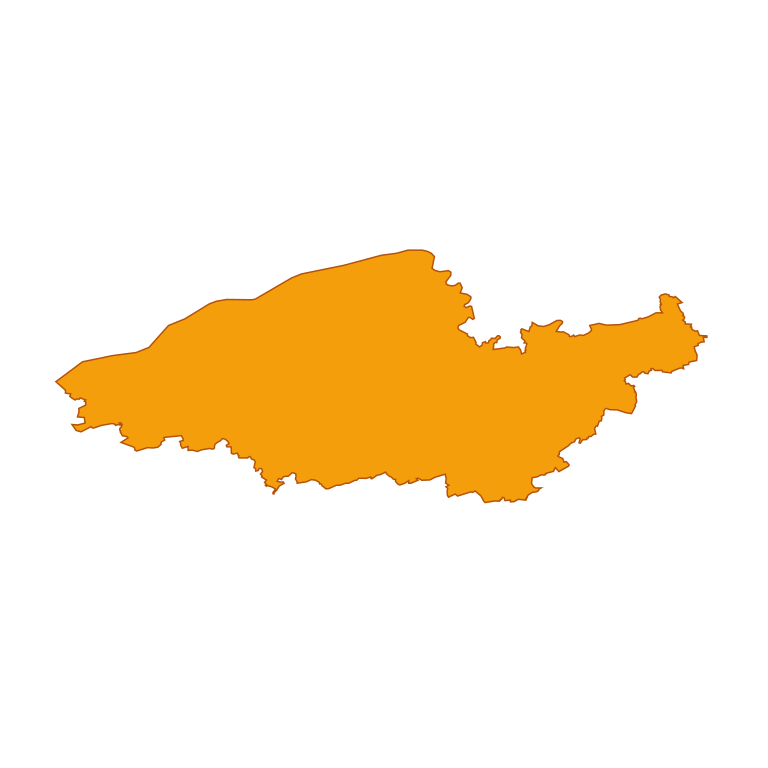 Adare-Rathkeale Lea-6, Limerick, Ireland, rotated 354°
{"feature_id": "5873133B54360294204800", "entity_name": "Adare-Rathkeale Lea-6", "entity_type": "district", "adm_level": 2, "iso_a3": "IRL", "parent_name": "Ireland", "parent_adm1": "Limerick", "projection": "equal_earth", "projection_center": [-8.823, 52.558], "detail": "fine", "context": "isolated", "style": "filled", "palette": "amber", "viewbox_px": 768, "rotation_deg": 354, "n_neighbors": 0, "source": "geoboundaries", "source_scale": "gbopen_adm2", "svg_char_len": 6142}
<svg xmlns="http://www.w3.org/2000/svg" viewBox="0 0 768 768"><g transform="rotate(354 384 384)"><path d="M57.9,347.4L66.6,356.9L66.2,359.7L71.4,361.2L70.2,363.4L72.5,365.7L75.1,367.6L76.6,366.8L79.4,367.2L80.4,366.1L85.6,368.7L84.1,369.7L85.5,370.7L85.0,373.9L77.9,376.4L77.8,379.7L75.7,384.7L82.5,386.0L82.6,391.6L75.1,392.7L69.5,391.7L73.0,398.0L77.7,399.9L88.2,395.8L89.5,397.3L90.9,397.4L98.7,395.6L109.2,394.9L111.6,395.5L112.8,397.2L115.2,396.4L117.0,397.2L117.7,396.5L117.1,396.3L118.2,395.9L117.4,395.2L118.5,395.4L119.4,397.2L118.3,397.8L118.5,399.1L116.8,400.4L116.3,401.8L117.0,403.5L116.7,404.2L118.5,408.2L122.7,409.3L123.8,410.8L116.3,414.6L128.4,420.5L129.1,421.1L129.4,423.7L131.0,424.8L142.2,422.6L147.8,423.5L152.6,423.2L156.0,420.7L155.9,419.4L156.8,418.3L160.1,416.8L159.3,414.6L160.2,414.1L177.0,414.2L178.4,417.3L178.4,419.1L174.8,419.8L175.6,421.8L175.3,423.5L176.7,426.8L182.6,425.7L182.2,429.6L186.4,429.7L191.3,431.6L195.7,430.4L203.8,429.9L207.2,430.9L208.6,430.1L209.4,426.5L211.8,424.8L215.7,423.2L217.4,421.4L220.2,422.2L222.7,424.8L223.7,427.1L220.8,428.4L221.1,430.0L225.4,430.6L225.0,437.0L226.6,437.9L231.0,437.5L231.5,439.5L232.2,440.0L231.6,441.2L232.0,442.3L240.6,443.3L242.6,442.0L243.5,442.5L244.3,444.7L247.1,446.1L247.8,448.1L245.9,453.5L247.4,454.7L247.4,457.2L249.8,456.9L251.0,455.0L253.4,455.4L254.1,458.4L251.7,460.6L253.1,462.6L252.5,463.7L257.1,467.3L254.9,469.3L257.0,472.1L255.5,472.3L256.3,473.4L257.4,472.9L261.3,474.4L265.1,477.0L262.1,480.6L262.2,481.6L263.1,481.8L263.4,480.6L266.2,478.4L269.3,474.4L274.3,472.3L273.3,470.7L271.4,470.9L267.5,469.6L269.5,467.0L272.1,468.3L273.6,466.2L275.7,465.5L279.2,465.7L283.6,462.5L286.8,464.0L286.9,466.6L286.0,469.2L287.3,471.9L287.3,473.6L296.5,473.2L301.7,471.5L305.8,472.5L309.2,474.9L309.5,476.7L310.9,476.7L311.9,478.8L315.3,482.2L318.1,482.3L326.1,479.7L329.5,480.1L335.5,478.7L338.7,479.0L344.7,476.8L346.9,476.8L349.1,475.1L356.4,476.0L360.9,475.1L361.4,475.3L361.1,476.6L362.1,477.0L367.8,473.9L370.8,473.8L376.4,471.8L377.1,473.6L380.1,476.7L381.6,477.3L383.6,479.9L385.6,480.1L385.3,482.1L387.3,485.0L389.2,486.1L394.6,484.8L398.5,482.7L398.1,485.3L400.5,485.5L407.7,483.3L406.3,481.4L408.4,481.4L411.6,483.7L419.6,484.2L425.3,482.0L435.4,480.1L436.0,484.5L434.9,488.9L437.9,491.4L434.9,492.7L436.4,494.5L435.6,497.0L435.4,501.2L436.3,503.3L443.3,500.9L445.4,503.1L459.2,500.4L460.8,501.1L463.5,499.9L468.8,505.6L470.8,510.7L472.2,512.5L481.8,511.9L486.3,512.6L487.7,511.7L487.5,511.1L488.9,510.9L490.0,509.1L491.6,509.8L492.1,512.6L497.6,512.7L497.4,514.4L501.0,514.6L505.6,512.7L512.9,514.3L513.4,514.0L513.2,512.8L514.4,512.1L514.1,511.8L515.9,509.4L520.3,507.2L524.2,507.2L526.3,506.4L527.4,504.7L529.3,503.8L523.9,503.2L522.2,502.1L520.3,498.3L521.6,492.7L526.9,492.3L530.5,490.8L534.2,491.3L535.4,490.8L535.3,489.9L543.4,488.6L545.7,485.1L548.8,489.4L559.1,484.9L559.6,483.6L557.1,480.2L554.8,480.5L554.0,476.8L549.6,474.3L549.6,473.3L550.9,472.6L551.4,469.7L561.1,464.6L563.5,462.5L567.5,461.3L569.0,458.7L572.7,457.9L573.3,459.1L571.8,462.9L573.1,463.4L575.6,460.3L579.9,460.4L580.2,459.1L581.6,459.0L582.3,457.5L584.3,457.9L587.4,455.8L589.4,456.0L588.8,450.3L590.5,448.0L591.9,448.2L594.2,443.4L596.2,443.4L597.1,441.1L596.8,439.0L599.3,437.9L599.9,433.7L600.8,432.4L602.4,431.5L606.2,433.2L612.8,434.0L622.3,438.1L627.1,439.3L631.8,432.2L631.4,431.1L633.5,427.8L633.2,424.1L633.9,420.4L633.4,418.3L632.4,418.0L632.8,417.3L631.7,413.4L633.1,412.5L632.0,411.5L630.5,411.9L629.0,411.1L627.2,408.9L624.8,409.3L624.3,407.0L623.3,405.8L624.4,405.0L624.0,403.2L629.8,400.5L632.0,403.1L636.3,403.5L638.6,400.7L639.7,400.7L641.9,398.9L643.6,399.0L644.3,400.4L647.6,401.4L649.1,398.9L651.4,398.3L650.9,397.0L651.4,396.5L652.9,396.8L655.0,398.9L661.9,399.5L662.3,401.0L670.7,403.0L671.6,401.5L679.5,399.2L681.5,399.1L683.6,400.2L683.4,396.8L688.9,396.4L689.8,394.1L697.4,393.3L698.4,388.0L696.9,383.5L696.4,379.4L700.6,378.4L700.3,376.8L703.4,375.6L706.8,375.5L706.4,370.9L710.0,371.4L710.1,369.9L702.7,368.7L701.4,363.9L699.0,364.0L695.8,361.7L695.9,359.4L694.8,359.2L696.0,356.7L689.9,355.7L690.0,353.6L687.7,351.7L689.5,350.4L690.0,348.9L688.4,347.2L689.1,346.9L688.8,344.8L686.5,342.3L684.1,335.1L689.0,334.2L682.8,327.4L680.7,328.5L680.2,327.6L676.9,326.7L676.8,325.3L673.2,323.8L668.9,324.5L666.8,326.4L667.8,328.7L667.2,331.1L668.1,333.5L667.2,333.7L667.7,334.4L666.6,335.8L666.8,339.4L668.4,342.3L661.8,341.7L653.9,344.8L647.3,346.1L645.5,345.2L644.0,345.8L643.8,346.8L641.9,347.4L624.7,349.6L611.3,348.7L604.2,346.2L594.7,347.3L596.1,351.6L595.7,352.6L592.7,354.7L587.4,356.5L583.6,355.7L578.6,356.8L577.8,355.2L575.3,356.3L573.5,356.2L573.0,354.3L567.4,350.6L566.2,351.0L560.8,349.7L564.7,344.5L567.7,342.2L568.1,340.5L566.0,339.1L562.5,338.9L554.6,342.3L548.8,343.5L543.3,342.2L537.9,338.2L537.1,341.7L535.4,342.6L533.5,347.0L526.9,343.5L525.8,344.3L525.9,345.6L525.1,346.9L526.5,349.2L525.6,352.4L528.7,356.0L527.6,357.8L529.9,358.1L530.3,359.0L528.2,363.5L528.6,365.1L527.7,365.5L528.1,367.1L524.0,368.5L523.3,363.9L522.3,363.0L521.7,361.2L516.6,361.3L509.9,360.0L508.0,360.8L495.6,361.1L496.5,360.6L497.3,355.6L499.0,354.3L500.4,354.6L501.3,351.9L504.3,350.6L504.5,349.2L503.5,348.1L502.0,347.9L499.3,350.3L495.6,349.7L494.6,351.2L492.9,351.8L492.4,353.7L491.6,354.0L489.6,353.8L489.3,352.5L486.3,353.2L485.6,355.6L482.9,357.1L479.5,354.0L479.9,352.3L477.9,347.0L474.6,346.8L472.0,344.6L472.3,343.1L464.4,338.0L463.4,336.0L464.2,333.7L471.2,331.1L474.8,326.7L476.6,326.8L479.0,329.0L480.7,328.2L479.2,316.0L477.6,315.4L473.7,316.6L471.9,315.1L472.5,313.4L475.7,312.4L477.8,310.4L479.4,308.0L479.4,306.2L476.0,303.5L469.3,301.4L471.8,296.5L470.3,291.7L468.4,291.4L465.5,293.2L462.7,293.6L458.7,292.7L456.4,291.2L456.3,288.8L461.8,282.9L462.2,279.8L460.0,278.0L451.4,278.2L446.9,276.6L443.9,274.0L447.5,262.6L444.7,258.9L440.8,256.5L436.1,254.9L421.6,253.4L410.3,255.3L394.8,255.7L356.2,261.8L313.6,265.9L303.3,268.8L264.7,286.2L261.1,286.4L236.3,283.5L225.8,284.2L218.6,286.1L192.8,298.4L175.8,303.3L154.0,323.1L140.8,326.8L116.8,327.4L86.5,330.4L57.9,347.4Z" fill="#f59e0b" stroke="#b45309" stroke-width="1.5"/></g></svg>